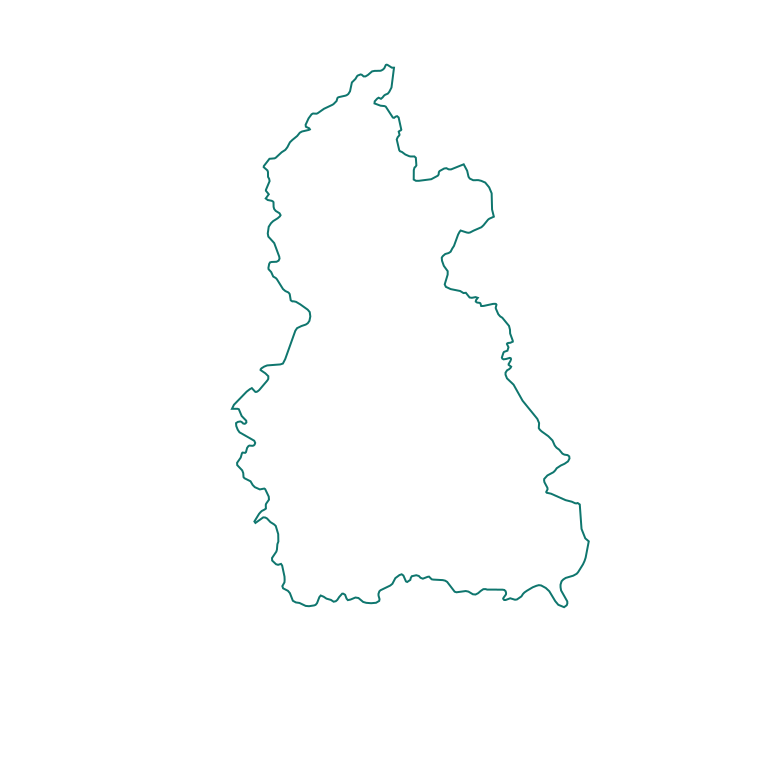 an SVG outline of Vladimir, rotated 61°
{"feature_id": "RUS-2376", "entity_name": "Vladimir", "entity_type": "Region", "adm_level": 1, "iso_a3": "RUS", "parent_name": "Russia", "parent_adm1": "", "projection": "orthographic", "projection_center": [40.326, 55.967], "detail": "fine", "context": "isolated", "style": "outline", "palette": "teal", "viewbox_px": 768, "rotation_deg": 61, "n_neighbors": 0, "source": "natural_earth", "source_scale": "10m", "svg_char_len": 6165}
<svg xmlns="http://www.w3.org/2000/svg" viewBox="0 0 768 768"><g transform="rotate(61 384 384)"><path d="M219.6,258.9L221.7,257.6L223.1,255.2L227.8,243.4L227.9,236.0L227.3,234.7L225.3,233.3L224.7,232.1L224.7,226.9L225.5,224.8L227.6,223.4L228.8,221.4L230.5,207.8L237.8,207.9L243.7,209.6L245.9,209.4L249.0,207.2L251.4,202.7L253.4,200.5L256.9,197.8L263.0,196.7L269.4,197.4L283.8,204.9L290.9,206.8L290.5,211.8L290.7,213.3L293.4,220.0L294.1,222.8L293.3,231.3L293.2,235.3L292.7,236.8L291.7,238.1L286.9,242.6L287.6,244.2L289.2,246.7L297.2,255.9L298.6,258.6L300.6,261.6L300.8,264.0L300.0,267.4L300.6,270.4L301.2,271.7L301.6,272.3L304.3,273.5L309.7,274.4L316.2,273.6L319.2,275.3L326.3,282.6L329.0,282.8L333.3,279.7L339.6,272.3L343.0,270.4L343.9,268.2L349.8,267.2L351.2,265.4L352.4,261.8L354.1,260.2L355.3,262.9L356.4,263.8L357.9,263.1L359.5,260.9L360.3,260.6L362.9,261.2L364.0,259.1L366.8,249.8L367.8,247.8L368.5,247.2L369.2,247.2L371.4,249.3L372.2,249.6L378.4,250.2L381.2,249.6L383.4,248.4L393.8,246.5L397.6,247.5L401.0,249.2L408.6,250.4L409.4,250.8L409.2,253.5L408.3,255.5L408.2,256.4L408.6,257.1L412.2,257.3L414.7,259.9L414.1,263.4L414.5,264.3L418.0,268.1L419.2,268.2L420.4,267.5L421.3,265.1L422.1,261.4L422.8,260.7L423.8,260.8L425.1,262.2L427.0,265.4L427.7,265.7L430.5,264.4L431.2,265.4L431.7,267.4L431.7,269.7L433.0,272.2L434.8,273.2L438.7,273.7L447.4,271.0L465.8,270.9L488.8,266.8L493.4,267.3L497.6,270.0L499.4,269.9L501.9,269.1L509.3,265.6L515.1,264.0L520.6,264.5L523.4,264.0L526.4,262.6L531.4,261.7L533.2,260.5L535.2,257.9L537.1,257.1L539.1,257.9L540.9,260.6L541.3,264.8L541.0,268.9L541.4,273.8L542.6,276.2L543.3,278.6L543.2,285.4L544.7,289.9L545.9,290.7L547.7,291.3L554.0,291.4L555.4,292.0L557.1,294.5L558.0,294.4L560.9,291.1L573.6,281.5L578.0,276.8L580.9,274.7L581.7,273.6L582.0,272.3L584.3,271.2L606.5,281.5L616.6,282.8L620.9,281.2L633.6,291.8L636.0,294.4L638.2,297.4L642.7,305.5L643.4,307.5L643.4,311.4L641.7,319.1L641.9,322.0L642.6,324.3L645.1,326.9L647.3,328.1L650.4,329.2L663.0,329.1L664.8,330.0L666.1,331.5L666.5,334.7L661.6,338.6L657.0,339.5L645.4,339.9L640.8,341.4L636.4,344.2L635.0,346.1L634.4,348.5L633.9,352.5L634.1,359.2L634.4,362.2L635.0,364.2L636.4,366.8L636.9,372.2L636.2,374.0L632.6,377.5L631.9,382.3L631.2,383.6L629.6,383.9L628.9,383.1L627.2,379.4L626.1,378.6L624.3,378.1L622.5,378.6L621.3,380.1L613.8,393.5L612.7,394.5L611.6,396.6L611.9,399.8L612.6,403.1L612.5,406.0L611.0,408.2L606.5,410.8L604.7,412.9L601.3,421.6L599.9,422.9L587.7,424.7L585.6,425.9L584.0,427.7L578.9,435.8L577.9,437.0L574.3,438.0L573.8,439.4L573.1,444.4L571.2,446.0L568.8,446.6L566.9,448.5L565.6,452.9L566.6,454.6L568.1,456.0L568.4,459.7L567.3,460.5L560.9,459.9L559.0,460.8L558.6,463.1L559.3,468.2L562.8,473.5L563.3,476.2L562.7,487.1L563.1,488.6L564.9,490.6L566.5,491.4L570.0,492.2L571.4,493.4L571.5,497.0L569.5,501.5L566.8,505.6L564.5,507.9L558.8,510.1L556.9,512.5L556.3,517.8L555.5,520.4L553.6,520.8L549.5,520.2L547.6,521.3L547.1,522.2L548.6,526.5L550.2,529.5L550.6,531.5L550.0,533.6L547.1,535.1L543.8,538.4L540.8,539.9L538.3,541.9L539.1,543.9L543.2,548.8L544.0,550.9L543.8,552.4L542.0,557.3L540.1,560.1L534.5,564.1L532.3,567.0L529.4,568.8L521.3,567.7L518.3,568.3L513.8,571.3L511.5,570.9L509.2,567.2L507.2,565.9L504.2,564.4L493.4,561.1L491.4,561.3L490.8,564.3L489.3,565.8L484.2,567.4L481.9,566.3L478.4,559.4L476.9,557.9L472.4,554.9L470.6,552.8L464.0,549.3L455.7,547.5L453.5,548.2L449.7,550.3L444.9,551.5L443.2,552.6L442.1,554.3L443.2,563.8L441.4,564.0L437.0,556.2L436.2,554.0L435.8,552.3L435.9,549.4L435.7,547.7L432.4,546.0L431.6,545.2L429.4,540.7L426.6,539.4L418.4,538.9L417.4,539.4L416.0,543.7L411.6,547.0L408.7,547.8L404.4,547.9L398.8,551.7L397.3,552.0L393.7,550.3L390.8,549.9L383.8,551.7L381.7,550.7L378.9,545.0L375.7,541.8L375.4,541.0L376.9,538.8L376.7,537.8L373.5,534.7L372.6,532.7L372.6,531.6L374.3,529.0L374.6,527.9L374.3,526.6L373.1,525.2L370.7,525.0L356.2,533.8L353.1,534.1L349.2,533.6L346.5,532.4L346.3,530.2L347.1,527.8L348.3,526.9L350.3,526.3L351.3,525.1L351.3,524.2L350.9,523.0L349.3,522.3L343.0,524.0L335.7,523.2L334.6,524.2L332.0,529.0L329.4,525.3L324.1,507.8L323.5,503.8L323.5,501.6L328.4,500.4L328.9,499.9L329.2,498.4L328.8,496.1L324.3,484.2L323.4,482.7L321.1,481.4L317.1,482.6L312.0,485.2L311.4,484.8L310.9,483.6L310.7,480.4L311.1,477.2L316.6,465.2L317.1,462.5L314.3,458.3L294.4,435.7L293.0,432.9L293.3,428.0L294.1,423.6L293.9,421.2L292.6,418.6L289.2,415.7L285.1,414.1L282.0,414.7L273.8,418.6L269.5,421.1L267.9,422.9L267.3,424.1L265.6,425.0L259.7,422.9L258.6,423.0L257.5,423.3L254.9,425.2L252.0,426.3L240.3,426.9L238.8,427.3L236.3,428.8L231.4,428.4L227.7,429.3L226.4,428.8L223.3,426.2L222.4,424.7L222.8,423.1L225.0,418.7L225.0,416.4L223.7,414.6L221.9,413.9L207.5,411.7L199.0,413.7L196.0,412.7L190.6,408.6L188.6,404.9L187.8,402.0L187.5,396.6L186.9,393.8L186.2,392.6L184.0,392.6L180.1,394.8L177.7,395.2L175.6,394.7L171.4,392.5L170.4,392.7L169.3,393.4L166.7,396.5L164.4,397.5L162.2,392.8L157.7,393.6L157.0,393.2L151.1,385.7L148.9,385.0L146.6,385.0L142.3,382.7L140.7,382.4L136.0,384.1L135.1,383.4L131.5,375.0L133.6,370.3L133.6,368.9L131.7,361.2L131.4,356.8L130.1,353.8L127.0,349.1L126.1,345.8L125.0,339.7L123.4,335.8L123.4,333.3L125.3,326.7L125.4,325.4L124.2,325.4L121.1,327.6L119.3,326.9L115.1,321.2L113.0,316.6L113.0,315.0L114.9,311.9L115.0,310.7L114.2,303.1L114.8,293.7L114.7,292.4L113.5,288.3L111.4,286.2L111.1,285.5L111.2,284.4L113.1,278.0L113.3,276.7L113.1,274.7L111.5,271.8L104.7,265.9L103.3,261.0L101.7,258.3L101.5,257.4L101.9,254.4L102.8,253.5L105.1,252.7L106.0,251.1L105.9,248.2L104.8,242.9L105.6,240.4L108.2,235.5L108.5,234.4L108.5,232.6L108.0,230.7L105.9,227.8L105.9,227.1L106.5,226.3L111.1,223.8L112.2,221.9L128.3,233.7L131.0,237.7L131.9,239.9L131.6,242.8L131.8,244.2L132.7,246.3L133.1,248.4L131.0,249.9L131.1,251.6L132.3,255.1L134.0,256.3L138.9,252.1L141.2,248.8L142.3,248.0L155.2,247.1L156.1,246.2L155.8,244.1L156.1,242.7L158.0,242.0L170.0,245.6L170.3,246.2L170.2,247.8L170.4,248.8L173.3,249.5L173.9,250.0L174.8,252.4L176.3,254.3L186.8,257.3L188.1,257.2L189.8,255.8L193.6,254.1L197.0,251.5L198.0,250.3L199.7,247.1L201.6,246.5L208.5,249.7L209.2,251.0L209.5,252.4L211.3,254.2L219.6,258.9Z" fill="none" stroke="#0f766e" stroke-width="2"/></g></svg>